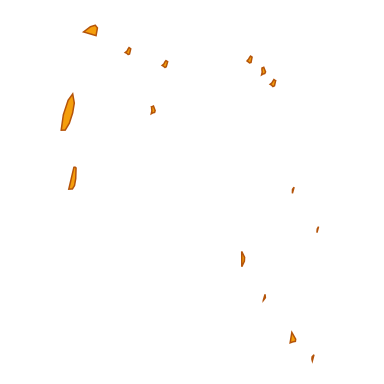 Haa Alifu, Equal Earth projection, rotated 185°
{"feature_id": "MDV-5223", "entity_name": "Haa Alifu", "entity_type": "Atoll", "adm_level": 1, "iso_a3": "MDV", "parent_name": "Maldives", "parent_adm1": "", "projection": "equal_earth", "projection_center": [73.045, 6.964], "detail": "fine", "context": "isolated", "style": "filled", "palette": "amber", "viewbox_px": 384, "rotation_deg": 185, "n_neighbors": 0, "source": "natural_earth", "source_scale": "10m", "svg_char_len": 1577}
<svg xmlns="http://www.w3.org/2000/svg" viewBox="0 0 384 384"><g transform="rotate(185 192 192)"><path d="M327.7,242.2L327.7,242.3L326.9,257.7L323.4,272.6L319.4,279.3L317.0,270.3L317.8,260.3L320.2,249.8L323.7,242.6L327.7,242.2ZM315.0,184.1L311.8,206.3L311.2,206.5L310.8,206.5L310.6,206.5L310.5,206.4L310.1,206.3L309.6,205.8L309.0,195.1L309.6,188.2L311.4,184.6L315.0,184.1ZM301.2,339.4L314.0,342.0L307.6,347.8L302.9,349.7L300.5,347.2L301.2,339.4ZM81.1,50.3L80.3,60.8L75.9,54.4L76.0,52.2L78.5,51.5L81.1,50.3ZM135.9,121.9L135.9,122.1L137.3,137.1L133.9,131.5L133.8,127.6L135.9,121.9ZM123.6,306.1L121.9,307.7L120.9,309.8L120.2,311.2L118.7,310.3L118.5,310.2L118.4,310.2L119.1,305.0L120.6,304.1L122.1,305.4L123.6,306.1ZM270.7,325.1L268.9,326.9L268.1,329.0L267.3,330.4L265.5,329.3L266.3,324.0L267.6,323.4L269.2,324.6L270.7,325.1ZM149.0,327.3L148.9,327.3L147.3,329.0L146.3,331.2L145.5,332.5L143.9,331.6L144.5,326.2L145.9,325.6L147.5,326.7L149.0,327.3ZM232.8,315.5L231.1,317.2L230.3,319.3L229.4,320.6L228.4,320.1L227.6,319.7L228.6,314.5L229.8,313.7L231.4,314.8L232.8,315.5ZM239.4,266.4L239.0,269.3L239.5,271.7L239.7,273.2L239.8,273.3L237.9,274.3L235.8,269.9L236.2,268.0L238.0,267.4L239.4,266.4ZM132.9,314.7L132.5,317.6L133.0,319.9L133.0,320.0L133.1,321.6L131.4,322.5L129.2,318.1L129.8,316.4L131.5,315.7L132.9,314.7ZM57.4,34.3L58.0,36.0L58.0,38.2L56.3,40.5L57.4,34.3ZM111.5,90.2L111.5,90.3L110.3,96.4L109.7,93.1L111.5,90.2ZM91.9,199.4L91.9,199.9L92.1,203.4L90.7,205.7L91.9,199.4ZM64.0,162.4L64.0,166.1L62.9,168.5L64.0,162.4Z" fill="#f59e0b" stroke="#b45309" stroke-width="1.5"/></g></svg>